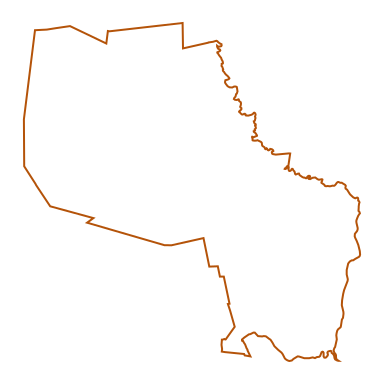 Gómez Farías, Tamaulipas, Mexico
{"feature_id": "50627088B86207372499551", "entity_name": "Gómez Farías", "entity_type": "district", "adm_level": 2, "iso_a3": "MEX", "parent_name": "Mexico", "parent_adm1": "Tamaulipas", "projection": "robinson", "projection_center": [-99.073, 22.992], "detail": "fine", "context": "isolated", "style": "outline", "palette": "amber", "viewbox_px": 384, "rotation_deg": 0, "n_neighbors": 0, "source": "geoboundaries", "source_scale": "gbopen_adm2", "svg_char_len": 5912}
<svg xmlns="http://www.w3.org/2000/svg" viewBox="0 0 384 384"><path d="M23.9,119.3L24.2,166.3L35.4,183.7L36.1,185.1L50.2,206.3L93.4,218.1L87.1,222.7L164.5,245.2L167.1,245.2L171.4,245.3L203.5,238.1L209.3,266.6L217.8,266.3L219.9,276.6L223.8,276.6L229.5,303.7L227.9,304.0L230.1,310.6L234.7,326.8L225.7,339.4L225.2,339.5L224.4,339.0L222.4,339.7L221.9,339.7L221.9,339.9L221.5,344.9L222.1,349.0L221.8,351.6L225.0,352.1L244.1,354.0L244.7,355.4L250.4,356.4L247.8,351.0L248.4,350.8L247.7,350.7L247.4,349.5L246.6,348.3L245.1,344.4L244.0,342.8L243.1,341.1L242.9,341.2L242.1,340.8L242.0,340.3L242.0,339.5L243.3,338.4L244.2,337.6L247.7,335.2L248.8,334.4L250.4,334.1L253.4,332.6L254.8,332.6L258.0,336.1L261.6,336.4L262.5,336.4L263.5,336.1L265.0,336.2L266.0,336.4L269.1,338.8L270.5,339.7L272.5,342.7L274.4,346.2L278.2,349.9L278.7,350.3L281.5,352.6L282.7,354.2L284.9,358.5L286.2,359.6L287.0,360.1L288.3,360.7L289.4,361.0L291.8,360.5L293.5,358.9L297.6,356.4L298.9,356.5L304.3,358.2L309.2,358.2L312.7,357.4L315.0,358.1L316.8,357.1L319.2,356.8L320.1,356.0L321.6,352.2L322.4,351.7L323.1,351.9L323.6,352.8L323.6,356.4L324.3,357.6L325.2,357.7L325.6,357.6L325.9,357.5L326.1,357.4L326.3,357.2L326.5,357.0L327.1,356.2L327.6,355.7L327.8,355.2L327.9,354.3L327.8,354.2L327.7,353.6L327.5,353.3L327.5,353.1L327.4,352.7L327.5,352.4L327.7,352.0L328.0,351.7L328.3,351.4L328.9,351.3L329.4,351.1L329.8,351.0L330.2,350.9L330.5,350.9L331.0,351.0L331.3,351.2L331.4,351.4L331.5,352.1L331.6,352.6L331.6,352.8L331.9,353.1L332.3,353.3L332.5,353.5L332.8,353.8L333.2,354.2L333.3,354.2L333.5,354.6L333.8,355.2L333.9,355.5L334.2,356.2L334.3,356.7L334.4,357.5L334.5,357.9L334.6,358.3L334.9,358.9L335.1,359.3L335.3,359.5L335.8,359.8L336.7,360.2L337.1,360.5L337.6,360.6L338.3,360.8L338.6,360.8L336.9,359.7L336.3,358.7L336.0,357.2L336.0,355.3L335.6,354.2L334.3,352.6L333.6,350.3L334.3,348.2L335.1,347.0L336.8,339.4L336.3,335.3L336.6,333.2L337.2,330.8L338.0,329.4L339.9,327.8L340.6,327.2L340.9,326.2L341.9,319.6L343.0,317.8L343.5,313.8L343.4,311.9L341.8,305.2L342.1,300.3L343.2,293.8L344.1,290.1L347.6,280.9L347.8,279.2L346.7,274.5L346.7,270.0L348.2,263.5L349.8,261.5L351.6,260.4L353.2,260.3L355.4,258.8L358.9,256.9L359.6,256.2L360.1,254.7L359.8,251.1L358.3,245.0L356.7,240.9L355.2,237.8L354.7,236.3L354.9,233.8L357.1,231.0L357.6,229.6L357.7,228.1L356.5,223.0L356.4,222.3L356.3,221.2L356.5,220.1L357.4,217.7L358.3,215.6L359.9,213.3L359.3,211.7L358.5,210.9L358.7,207.6L358.7,206.5L358.8,205.7L359.1,203.5L359.5,202.6L359.4,202.0L359.0,201.2L358.2,200.6L358.2,198.9L358.1,198.4L357.8,197.8L357.3,197.6L356.6,197.7L355.3,198.3L354.7,198.1L353.2,197.3L350.5,194.8L349.8,194.0L347.1,189.7L345.6,188.6L345.4,187.5L345.8,185.9L345.2,184.9L342.4,183.2L341.9,182.8L341.5,182.7L340.3,182.8L339.2,182.3L338.5,182.0L338.1,182.0L337.5,182.2L336.5,183.2L335.8,184.3L334.9,185.3L334.1,185.8L332.9,185.7L332.4,185.7L330.6,186.2L329.6,186.3L327.7,186.0L327.1,186.1L326.6,186.2L326.1,186.2L325.8,186.2L325.1,186.0L324.6,185.5L324.4,184.8L322.3,183.4L321.5,182.9L321.4,182.5L321.5,182.0L322.1,181.0L322.4,179.5L321.9,179.2L319.2,179.7L318.7,179.7L317.4,179.1L315.3,177.5L313.9,177.6L312.5,177.8L312.1,178.0L310.1,179.1L308.9,178.9L308.8,178.3L309.8,177.1L310.1,176.4L309.7,175.9L308.8,175.8L308.2,176.0L307.2,176.9L306.8,178.2L305.6,178.2L304.7,177.6L303.6,177.6L302.3,177.0L299.6,175.1L299.0,173.6L298.1,173.6L295.8,174.5L295.1,173.9L294.5,171.5L293.4,170.4L292.9,169.3L292.6,168.9L292.1,168.8L291.6,169.2L291.5,169.6L291.2,170.0L290.6,170.7L290.1,170.9L289.3,171.0L288.8,170.3L288.6,169.6L288.5,169.1L288.7,167.6L288.7,167.0L288.4,166.5L287.9,166.4L287.4,166.4L287.0,166.7L286.6,167.7L286.5,168.4L285.5,169.0L284.7,168.9L284.8,168.5L285.9,167.9L286.9,166.4L287.4,166.1L288.3,166.2L290.2,153.5L289.0,153.4L275.8,154.6L272.9,154.1L272.4,153.8L272.1,153.6L271.8,152.2L272.1,151.7L273.3,151.2L273.3,150.7L273.1,150.2L272.7,149.9L272.2,149.4L271.0,149.0L270.2,148.9L269.7,149.8L268.7,150.3L268.3,150.3L267.9,150.1L267.2,148.8L266.6,148.3L265.8,149.2L264.9,148.7L264.9,148.0L264.4,147.2L262.5,146.0L262.1,145.2L261.8,142.9L261.4,142.3L260.8,141.8L259.1,141.0L257.5,140.2L256.7,140.5L254.9,140.7L253.0,140.5L252.6,140.3L252.5,138.7L252.0,137.0L252.2,136.7L252.6,136.8L253.4,137.3L255.6,136.4L256.9,135.9L257.0,135.4L255.8,133.5L255.5,133.1L253.8,131.8L253.7,131.2L254.5,130.8L255.0,130.4L254.9,130.0L254.7,129.3L255.8,128.3L255.8,127.3L255.7,126.9L255.0,125.7L255.1,125.3L255.8,124.9L255.7,124.6L255.6,124.1L254.6,123.4L254.2,122.7L253.8,121.3L254.6,120.9L255.0,120.1L255.2,118.9L255.5,118.0L255.3,117.6L255.0,116.5L255.3,115.9L255.6,114.6L255.2,113.3L254.5,112.7L253.8,112.8L252.6,114.2L251.0,114.9L248.3,115.6L246.0,115.5L245.6,115.3L245.5,114.9L245.6,114.4L244.9,113.8L244.2,113.8L243.5,114.2L242.6,114.5L242.0,114.5L240.5,113.3L239.9,112.2L239.3,112.1L239.1,111.6L239.7,110.8L241.0,109.8L241.4,109.2L241.4,108.1L240.4,107.4L240.2,106.7L240.5,106.1L240.8,105.0L241.0,103.7L240.8,102.3L239.2,101.1L238.8,99.5L238.4,99.3L237.9,99.5L237.0,100.0L235.0,99.8L233.9,99.0L234.3,97.9L235.5,96.6L236.1,94.1L236.8,93.6L237.5,91.4L237.0,88.0L236.7,86.9L235.6,86.5L234.2,86.5L232.2,87.5L229.5,87.3L227.6,86.2L225.9,84.0L225.2,82.9L225.0,82.1L225.4,80.2L227.8,79.6L229.1,78.8L229.4,78.3L229.0,77.7L227.9,76.3L226.8,75.3L226.4,75.0L225.6,74.2L224.8,73.2L224.1,72.0L223.3,71.3L223.0,70.8L222.8,69.9L223.2,69.4L223.0,68.8L222.7,68.1L222.3,66.9L221.5,65.9L221.7,64.8L221.7,63.8L222.9,63.4L222.9,62.3L222.6,61.2L221.9,60.0L221.6,59.4L221.1,57.8L219.9,56.4L218.7,54.7L217.9,53.3L217.3,52.8L217.3,52.3L219.8,51.1L220.3,50.3L220.0,49.6L218.1,48.7L217.6,47.8L217.1,46.6L217.1,45.7L218.3,46.7L219.1,46.7L221.2,46.2L221.6,45.6L221.5,44.2L219.8,43.4L217.9,41.9L217.4,41.2L216.3,40.8L216.2,40.9L214.9,41.2L213.0,41.8L208.8,42.4L208.8,42.5L207.8,42.8L183.0,48.4L182.6,23.0L109.5,31.3L107.9,31.0L106.3,43.5L70.0,26.1L56.3,28.1L46.8,29.6L35.0,30.2L23.9,119.3Z" fill="none" stroke="#b45309" stroke-width="2"/></svg>